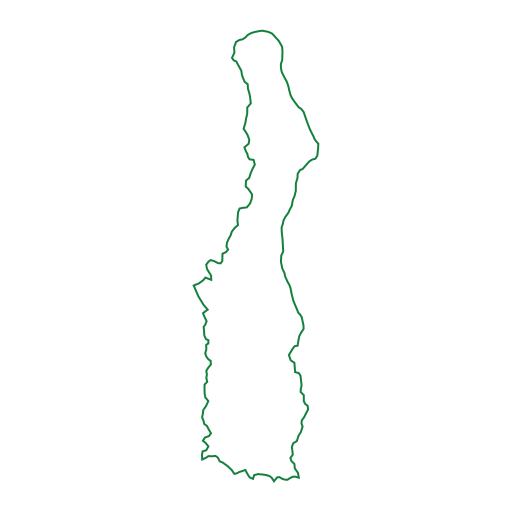 Reginópolis, São Paulo, Brazil (Equal Earth projection)
{"feature_id": "56859067B40817295644111", "entity_name": "Reginópolis", "entity_type": "district", "adm_level": 2, "iso_a3": "BRA", "parent_name": "Brazil", "parent_adm1": "São Paulo", "projection": "equal_earth", "projection_center": [-49.183, -21.855], "detail": "fine", "context": "isolated", "style": "outline", "palette": "green", "viewbox_px": 512, "rotation_deg": 0, "n_neighbors": 0, "source": "geoboundaries", "source_scale": "gbopen_adm2", "svg_char_len": 3352}
<svg xmlns="http://www.w3.org/2000/svg" viewBox="0 0 512 512"><path d="M294.4,463.9L291.5,461.2L290.4,458.1L292.8,454.6L291.9,446.9L293.2,443.3L296.8,441.1L298.5,435.8L300.8,432.2L302.6,426.7L301.5,423.5L301.8,420.3L304.0,417.4L308.1,409.3L307.7,405.9L305.1,403.8L303.8,401.1L303.8,395.2L300.6,391.9L300.8,388.8L301.6,385.6L300.5,375.7L298.8,373.1L295.1,372.1L294.4,362.8L290.7,360.3L288.9,355.0L292.6,348.9L294.6,346.2L297.6,345.7L298.3,341.1L299.3,336.1L301.1,332.6L303.6,328.9L303.5,325.5L301.7,317.1L300.1,314.6L298.2,312.6L297.0,309.4L295.3,305.5L293.3,300.6L291.6,293.9L290.5,288.0L289.3,284.8L287.5,281.7L285.1,276.4L284.4,272.9L282.4,268.7L280.9,261.8L281.3,255.4L283.2,251.5L282.5,238.6L281.8,232.7L281.6,227.5L282.8,224.0L283.5,220.5L285.2,217.1L288.4,212.7L289.6,209.9L291.8,205.8L292.8,200.1L294.5,196.2L295.8,190.9L295.9,183.3L297.5,177.9L297.7,173.7L300.1,170.0L302.6,169.0L306.3,164.8L309.3,161.4L312.1,159.6L315.4,158.7L317.3,155.7L318.1,148.7L318.3,143.7L316.2,141.4L314.5,138.9L313.3,136.0L311.8,133.2L309.5,128.4L307.4,122.8L306.3,119.7L303.6,111.9L301.1,108.8L298.6,107.2L296.9,104.9L294.6,101.9L292.1,98.3L290.5,95.0L289.3,90.6L288.4,86.4L286.9,81.9L283.8,76.2L281.8,72.1L280.9,67.9L280.9,63.8L282.2,60.3L282.5,51.4L282.1,46.7L278.8,40.9L274.0,35.6L271.9,33.4L267.7,31.7L262.1,30.7L258.7,31.2L254.7,32.0L251.1,33.1L247.6,35.1L245.6,37.3L242.6,39.3L239.4,40.0L236.0,42.0L234.1,47.3L234.4,52.6L232.0,57.9L233.7,60.3L236.3,61.5L237.9,64.5L241.3,70.7L242.0,75.1L243.1,78.2L244.7,81.9L247.7,84.2L247.9,88.4L249.2,92.8L250.0,96.5L250.8,103.4L247.2,107.6L247.3,110.6L247.2,113.8L246.0,118.9L245.5,122.4L243.6,128.9L246.0,132.3L247.7,135.3L249.3,139.9L248.7,143.7L244.4,147.3L245.9,151.3L247.3,153.8L248.0,156.8L249.5,159.3L253.6,159.9L254.8,164.6L252.4,169.2L250.6,173.4L249.2,177.9L246.0,180.6L245.7,186.5L248.2,188.8L250.3,191.8L252.1,194.5L251.7,198.9L250.1,203.4L246.8,207.4L243.1,207.8L239.6,208.5L238.1,212.2L237.8,215.6L237.4,220.6L238.0,225.1L234.6,228.0L231.8,231.7L230.6,235.4L228.9,238.4L227.0,242.6L226.5,246.7L228.1,249.6L226.0,252.1L222.5,253.7L222.4,257.6L222.3,261.0L220.7,263.3L218.2,263.2L214.3,261.2L210.7,260.1L208.6,261.5L206.2,264.7L207.0,269.0L209.1,272.4L211.1,275.6L211.2,279.8L205.4,277.6L203.5,280.0L201.1,281.8L198.7,283.5L193.7,285.5L198.4,296.4L203.6,304.9L207.7,309.7L205.5,311.2L203.0,313.2L204.4,316.6L206.6,321.2L205.3,324.6L203.6,327.0L204.1,331.1L204.3,335.6L206.0,339.1L208.4,340.2L208.3,343.5L206.2,344.8L206.3,349.5L205.2,353.4L206.4,356.7L208.4,359.3L210.6,360.8L210.9,364.4L208.1,367.9L206.3,370.9L206.9,374.6L206.3,377.8L207.2,381.8L204.6,384.5L204.5,388.0L204.6,393.3L205.3,397.3L208.3,401.1L206.1,405.9L203.2,410.2L202.9,413.6L202.1,417.3L203.4,420.5L204.3,424.0L206.9,425.9L209.0,429.9L211.0,433.3L209.0,436.1L205.0,437.5L202.9,440.8L205.5,442.8L208.4,446.4L206.3,450.2L202.6,451.4L202.0,454.9L202.2,459.5L206.3,457.6L208.4,456.1L211.9,456.3L215.4,455.9L217.9,457.6L219.7,461.3L222.6,462.5L227.5,466.0L231.7,470.0L234.4,473.9L236.9,473.3L239.1,472.1L241.8,471.2L245.3,470.0L248.1,475.1L249.7,477.4L253.0,478.8L254.2,475.1L258.0,474.1L262.5,474.5L266.4,475.1L269.3,476.0L271.6,477.6L274.0,481.3L277.1,477.4L279.4,477.1L282.6,479.0L284.9,479.6L287.4,479.8L290.3,477.9L292.7,476.8L295.1,476.6L298.8,477.7L298.0,472.9L294.8,468.4L294.4,463.9Z" fill="none" stroke="#15803d" stroke-width="2"/></svg>